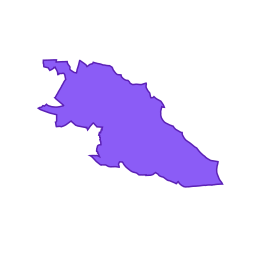 the district of Grebenisu De Campie, Mures, Romania, rotated 220°
{"feature_id": "2599482B22426037258444", "entity_name": "Grebenisu De Campie", "entity_type": "district", "adm_level": 2, "iso_a3": "ROU", "parent_name": "Romania", "parent_adm1": "Mures", "projection": "equal_earth", "projection_center": [24.279, 46.612], "detail": "fine", "context": "isolated", "style": "filled", "palette": "violet", "viewbox_px": 256, "rotation_deg": 220, "n_neighbors": 0, "source": "geoboundaries", "source_scale": "gbopen_adm2", "svg_char_len": 5839}
<svg xmlns="http://www.w3.org/2000/svg" viewBox="0 0 256 256"><g transform="rotate(220 128 128)"><path d="M142.9,174.0L143.3,173.6L145.5,170.1L146.0,169.6L146.9,168.9L149.1,167.4L149.8,166.9L151.8,164.8L152.4,164.3L152.7,164.1L154.3,163.8L155.0,163.6L155.5,163.8L156.6,164.2L158.3,164.4L158.6,164.4L159.2,164.0L159.8,163.6L160.3,163.3L160.8,163.1L161.4,163.0L162.6,162.8L163.9,162.8L164.9,162.9L166.0,163.1L166.7,163.6L167.5,164.2L169.4,162.8L170.6,162.1L171.0,162.0L172.2,162.0L173.9,162.3L175.9,162.8L176.4,162.9L177.7,163.5L178.4,164.0L178.8,164.0L179.3,164.3L182.2,163.9L182.5,163.6L183.6,162.8L185.0,161.9L186.2,161.3L187.0,160.7L187.8,160.2L190.0,159.4L191.5,158.6L193.0,157.7L193.8,157.4L194.5,157.0L196.8,156.0L196.7,155.8L196.6,154.4L197.1,153.7L197.4,153.1L197.9,152.6L198.3,151.3L198.5,150.3L198.9,148.7L199.6,148.9L200.5,149.3L201.3,149.4L201.8,149.3L202.6,149.3L203.8,149.2L208.3,148.8L208.4,148.6L206.4,144.6L205.4,142.3L204.5,140.0L203.8,138.9L202.9,137.1L205.1,135.9L208.9,135.5L209.8,135.5L210.3,135.7L210.7,136.1L211.3,137.0L211.7,137.4L212.1,137.6L212.9,137.8L214.7,138.2L215.4,138.5L216.1,138.8L216.6,139.2L217.3,139.8L219.4,137.9L220.2,137.2L220.8,136.7L225.0,132.8L225.5,132.4L226.6,134.2L229.5,131.7L232.2,129.2L236.4,125.5L234.6,123.2L233.9,122.9L233.7,122.7L232.2,121.2L231.9,120.9L231.7,120.9L229.7,121.9L228.0,122.8L224.9,121.9L224.6,122.6L224.1,123.8L223.5,125.7L223.6,127.0L222.9,127.0L222.7,127.7L221.3,126.9L220.8,126.9L218.2,125.7L217.7,125.3L216.1,123.8L215.5,124.5L216.1,125.2L213.9,127.0L213.0,128.2L212.4,128.5L212.1,128.6L210.6,128.1L206.9,125.1L206.9,123.9L206.7,122.1L206.3,120.5L205.9,118.2L205.8,117.4L205.6,117.2L204.5,110.5L204.1,109.1L204.0,107.7L203.8,107.0L203.5,105.2L203.3,104.7L203.3,104.3L203.4,104.2L202.5,104.0L200.9,104.0L196.0,104.0L193.0,104.0L192.4,103.9L191.9,103.9L191.8,103.6L193.1,101.7L194.2,100.2L195.9,98.3L197.4,97.1L198.6,96.3L199.5,95.7L200.3,95.2L201.7,94.6L202.6,94.2L203.3,94.0L203.7,93.8L204.5,93.7L205.0,93.7L205.7,93.8L205.9,92.5L206.1,91.1L207.5,90.5L207.6,90.4L207.6,90.2L207.5,89.4L207.6,88.8L207.9,87.7L208.4,87.5L208.6,87.4L209.4,85.5L208.3,85.6L206.9,85.8L202.4,87.4L198.1,89.0L196.9,89.5L194.3,90.8L191.2,92.3L187.6,88.0L187.0,87.1L187.0,86.5L187.0,86.0L187.2,85.8L186.9,85.6L184.6,83.6L184.1,83.2L183.8,83.0L183.6,83.1L182.6,84.2L181.3,85.4L180.8,85.7L179.9,86.1L178.7,88.1L178.0,89.6L177.6,90.6L176.2,96.3L176.0,96.8L174.8,96.6L173.3,96.6L170.2,96.5L169.8,96.5L169.0,96.9L168.1,97.1L165.6,98.5L161.8,100.6L160.4,101.6L160.4,101.3L160.2,101.2L160.1,101.3L159.9,101.4L159.9,101.7L159.6,101.7L158.0,100.8L157.7,100.6L157.7,101.2L157.8,101.9L157.8,102.5L158.0,103.7L158.1,105.9L158.0,106.5L158.0,108.8L157.8,109.5L157.3,109.6L156.2,109.4L152.9,109.0L152.6,108.9L148.1,112.2L147.7,111.3L147.4,110.6L146.9,110.1L147.6,109.9L146.8,108.4L146.4,107.5L146.0,106.7L147.0,106.3L145.8,103.7L145.0,104.1L144.4,103.5L143.5,102.6L143.1,102.8L141.8,101.2L142.0,101.0L140.8,100.2L140.5,100.3L139.8,99.7L138.0,97.8L138.8,97.0L139.3,96.5L139.5,96.0L139.8,95.2L139.7,94.6L139.4,93.8L139.1,93.4L139.0,93.1L138.9,92.7L138.8,92.4L138.3,91.7L137.8,90.9L137.2,90.1L136.8,89.9L136.2,90.3L135.1,89.7L135.1,89.3L134.3,89.2L131.4,87.7L133.9,87.1L134.3,86.8L134.9,86.2L135.5,85.6L136.2,85.2L136.9,84.6L137.8,83.8L139.2,82.5L138.7,82.6L136.5,82.7L130.9,82.0L130.0,82.0L125.5,82.1L125.2,82.2L125.3,82.3L124.9,82.6L124.3,83.0L121.7,85.1L121.5,85.3L121.2,85.4L118.6,85.9L118.0,86.1L116.5,87.0L112.8,90.3L111.6,91.1L109.6,92.3L109.8,92.6L111.5,93.8L112.1,94.3L112.7,96.6L112.1,97.1L111.6,97.5L110.4,98.3L109.7,98.2L108.5,97.7L107.1,97.3L105.1,96.9L104.0,96.8L101.9,96.8L98.6,96.9L97.2,97.1L95.8,97.5L93.1,98.8L92.2,99.1L90.2,99.1L89.6,99.1L89.1,99.4L87.2,101.0L86.4,101.6L85.7,102.3L84.9,102.9L84.1,103.8L83.8,103.5L83.7,103.3L80.2,106.5L79.9,107.0L79.5,107.6L79.0,108.5L78.8,109.1L78.7,110.2L78.2,111.1L78.2,111.6L76.9,111.7L76.0,111.9L75.2,111.9L74.4,111.7L73.4,111.6L72.8,111.7L72.1,111.9L71.4,112.1L70.3,112.6L69.7,112.9L68.9,113.1L67.0,113.2L65.0,113.3L64.5,113.4L63.6,113.6L62.9,114.0L62.2,114.4L61.6,114.6L60.9,114.8L56.3,116.2L55.3,116.3L55.2,116.4L55.1,116.5L55.1,116.9L55.2,117.9L55.2,118.7L55.1,119.2L54.6,119.1L53.7,118.8L53.2,118.6L52.5,118.5L51.5,118.5L50.0,118.5L49.8,118.5L48.9,118.8L48.4,118.8L48.0,118.8L46.8,119.4L46.0,119.9L45.3,120.6L44.3,121.5L43.5,122.2L41.1,124.8L39.5,126.3L38.5,127.2L36.6,129.1L36.4,129.3L36.1,129.6L34.0,131.9L32.7,133.2L31.7,133.9L30.8,135.0L30.2,135.6L29.7,136.1L27.8,137.7L27.0,138.2L27.0,138.4L25.9,139.6L25.1,140.4L24.9,140.7L23.5,142.2L22.1,143.5L21.3,144.3L19.6,145.8L21.0,146.4L24.1,147.1L25.9,147.8L26.9,148.4L29.0,149.5L30.4,150.3L31.0,150.7L31.8,151.4L33.5,153.3L34.4,154.7L35.4,156.3L35.9,157.5L36.9,159.4L37.4,160.1L40.6,158.2L43.4,156.5L44.0,156.2L44.6,156.1L48.9,155.4L49.2,155.4L49.2,155.5L50.0,155.4L50.1,155.5L50.3,155.6L50.9,155.6L51.6,155.6L52.5,155.5L53.1,155.5L55.7,155.6L57.0,155.7L59.0,156.0L61.6,156.6L62.1,156.7L62.4,156.8L63.2,156.7L64.1,156.5L65.4,156.4L68.9,156.4L71.6,156.3L73.9,156.0L75.1,156.0L75.6,155.9L76.1,155.9L78.2,156.3L79.1,156.6L81.9,157.7L82.4,158.1L83.6,159.3L83.8,159.1L85.0,158.6L90.6,157.6L92.6,157.8L93.7,158.1L94.4,158.4L94.6,158.4L95.1,158.2L95.5,158.0L96.8,157.6L97.7,157.2L98.0,157.1L98.9,156.9L100.7,156.5L101.2,156.3L102.9,156.0L103.9,155.9L104.5,156.0L106.2,156.3L108.6,157.1L109.6,157.7L110.7,158.5L111.4,159.1L111.7,159.5L112.4,160.4L113.3,161.3L113.6,161.7L114.1,162.6L114.3,163.0L114.9,164.2L115.5,165.4L115.8,166.1L114.8,166.3L113.5,167.2L114.4,167.7L115.8,168.4L118.7,169.3L120.0,169.6L120.7,169.5L121.3,169.4L123.7,168.9L124.8,168.7L126.2,168.6L128.3,168.7L128.3,167.6L129.8,165.9L130.7,166.3L133.5,168.5L134.0,168.8L135.2,169.0L137.0,169.4L139.5,170.4L140.4,170.9L141.5,172.2L141.8,172.8L142.1,173.3L142.5,173.7L142.9,174.0Z" fill="#8b5cf6" stroke="#5b21b6" stroke-width="1.5"/></g></svg>